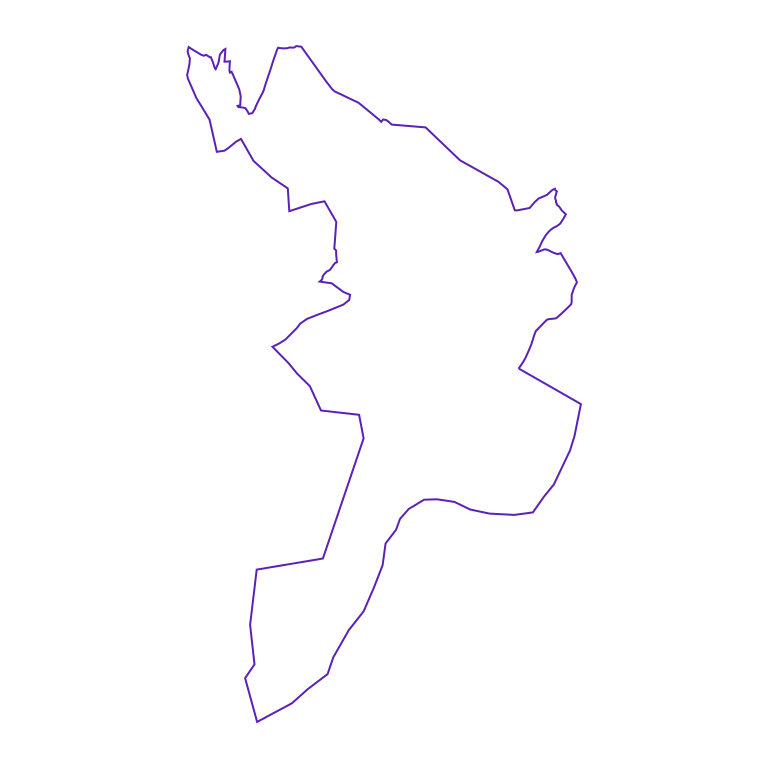 the district of Owerri North, Imo, Nigeria
{"feature_id": "59680162B39513276000218", "entity_name": "Owerri North", "entity_type": "district", "adm_level": 2, "iso_a3": "NGA", "parent_name": "Nigeria", "parent_adm1": "Imo", "projection": "equal_earth", "projection_center": [7.091, 5.435], "detail": "fine", "context": "isolated", "style": "outline", "palette": "violet", "viewbox_px": 768, "rotation_deg": 0, "n_neighbors": 0, "source": "geoboundaries", "source_scale": "gbopen_adm2", "svg_char_len": 3070}
<svg xmlns="http://www.w3.org/2000/svg" viewBox="0 0 768 768"><path d="M196.4,98.1L201.9,107.0L209.5,119.5L212.7,133.5L216.8,151.8L224.4,150.7L228.1,148.2L235.9,141.8L241.0,138.9L253.5,160.9L271.5,177.4L287.8,188.4L289.3,211.2L311.2,204.0L324.5,201.3L336.3,221.9L334.3,248.6L336.2,250.7L336.2,251.3L336.1,253.8L336.4,257.1L336.9,262.3L335.2,262.9L333.4,265.0L331.9,267.3L330.6,269.0L329.7,270.1L326.6,271.6L324.0,274.4L322.5,276.7L322.6,277.9L321.9,279.7L319.7,281.6L331.7,283.3L343.4,292.0L350.1,294.8L349.2,300.0L343.2,304.7L338.5,306.6L332.3,309.1L328.4,310.7L318.2,314.5L307.0,318.9L300.2,323.6L296.8,328.1L285.6,339.4L279.3,343.4L272.5,346.8L288.5,363.1L297.2,373.7L309.9,386.2L321.0,410.5L359.1,414.8L363.6,438.4L322.9,558.5L256.7,569.6L250.1,624.9L254.5,664.4L245.1,678.1L257.1,721.9L292.0,703.2L307.9,689.0L327.6,674.1L333.2,657.5L348.8,630.1L363.6,611.4L374.2,586.9L382.6,565.2L385.6,543.4L396.1,529.7L400.0,518.9L408.8,508.9L424.1,499.7L437.1,499.3L454.4,501.9L470.1,509.5L489.5,513.6L514.5,514.9L532.9,512.4L544.0,496.6L553.9,484.4L570.0,450.5L574.5,436.0L580.9,404.1L519.7,369.1L519.0,368.0L520.0,366.7L523.4,361.6L525.6,357.6L528.2,351.9L531.4,344.2L533.9,336.2L535.7,331.2L544.6,322.0L547.0,319.7L548.5,319.2L555.8,318.4L558.0,316.8L559.8,315.0L562.4,312.8L565.5,309.8L570.5,305.0L571.3,303.8L571.7,301.7L571.6,300.2L571.7,297.6L571.6,295.9L571.7,294.8L573.3,290.0L574.9,286.0L576.5,283.3L576.7,282.5L576.9,282.2L576.4,280.9L575.0,277.8L570.9,270.5L560.6,253.1L559.2,253.7L557.4,254.1L555.7,253.5L554.0,252.9L551.3,251.8L549.3,250.6L546.1,249.4L544.4,249.4L542.4,250.1L540.1,251.0L538.1,251.8L536.8,252.0L539.3,247.4L542.4,240.8L545.9,235.0L548.7,231.7L551.2,229.4L553.3,227.9L554.9,227.1L556.7,226.2L558.6,224.9L560.2,223.6L561.2,222.2L562.0,220.8L563.1,219.2L565.9,214.3L561.7,210.4L559.1,206.5L556.7,204.7L556.8,203.6L555.9,202.2L556.1,201.0L555.4,199.2L555.1,197.2L555.6,195.7L556.1,194.0L556.3,192.8L556.9,191.5L555.4,190.1L555.0,189.6L554.9,188.8L553.4,189.4L552.2,190.2L551.5,190.7L550.8,191.3L547.1,194.8L542.9,196.7L538.7,198.4L534.7,202.1L532.3,204.9L529.6,208.0L517.1,210.4L514.8,210.3L507.5,189.3L498.4,181.8L460.0,160.3L425.6,127.4L391.8,124.6L387.3,120.7L385.8,119.9L383.1,119.5L381.2,121.8L378.7,119.3L375.7,116.9L366.8,109.5L358.6,102.8L334.5,91.3L332.0,89.0L326.2,81.5L301.3,46.7L296.2,46.1L294.5,47.4L292.9,47.7L289.8,47.4L287.2,48.2L283.7,48.4L280.2,48.1L278.1,47.7L277.2,49.4L273.5,59.9L270.4,69.7L265.8,83.3L263.6,90.6L262.5,93.0L259.4,98.8L255.7,106.5L255.0,108.8L252.2,113.2L248.8,113.9L247.6,111.4L245.5,108.2L243.1,107.6L240.0,107.2L238.4,107.1L237.6,105.9L240.2,105.3L240.7,96.3L239.3,89.5L233.6,76.2L231.6,71.8L230.0,72.6L229.4,70.3L229.9,61.3L228.0,61.5L224.5,61.7L225.4,49.0L223.4,50.1L220.1,54.3L219.6,55.9L218.9,60.8L218.0,63.9L215.7,69.1L214.8,68.2L213.2,63.1L211.2,58.0L210.9,57.2L209.8,57.2L206.1,54.8L205.0,55.3L203.6,55.7L200.9,54.6L193.1,49.9L188.7,47.1L188.0,49.6L187.6,51.7L188.2,53.7L189.1,56.5L189.9,58.2L189.5,63.6L188.6,68.5L187.1,75.0L188.0,78.8L196.4,98.1Z" fill="none" stroke="#5b21b6" stroke-width="2"/></svg>